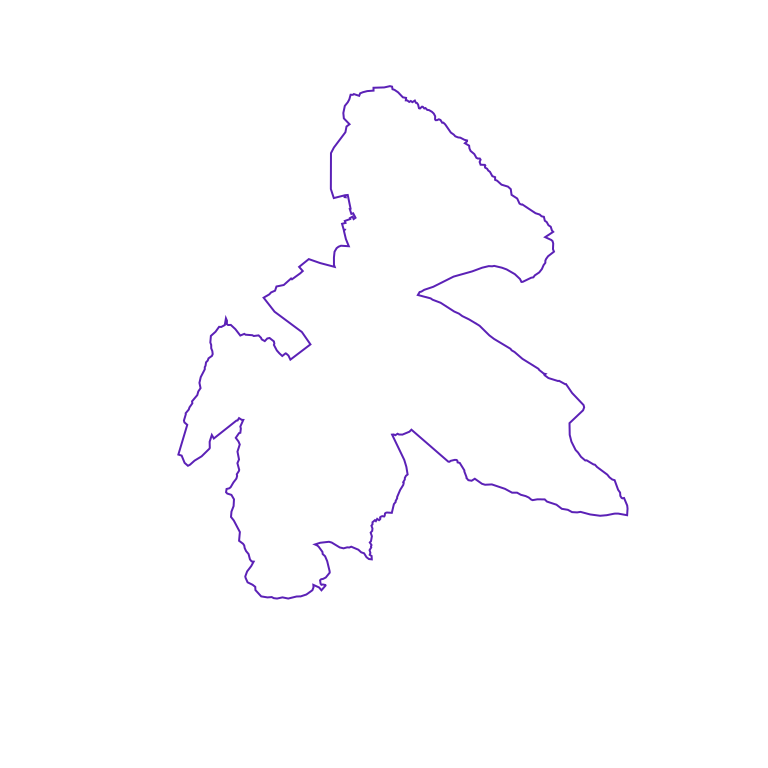 Coyotepec, Puebla, Mexico, rotated 323°
{"feature_id": "50627088B60726647230059", "entity_name": "Coyotepec", "entity_type": "district", "adm_level": 2, "iso_a3": "MEX", "parent_name": "Mexico", "parent_adm1": "Puebla", "projection": "orthographic", "projection_center": [-97.818, 18.396], "detail": "fine", "context": "isolated", "style": "outline", "palette": "violet", "viewbox_px": 768, "rotation_deg": 323, "n_neighbors": 0, "source": "geoboundaries", "source_scale": "gbopen_adm2", "svg_char_len": 6166}
<svg xmlns="http://www.w3.org/2000/svg" viewBox="0 0 768 768"><g transform="rotate(323 384 384)"><path d="M579.4,179.4L578.7,178.6L579.2,176.2L576.3,176.0L575.7,174.1L573.9,173.9L573.2,171.5L572.1,170.6L573.8,168.8L571.6,166.4L570.8,159.5L569.4,155.4L568.2,153.7L569.4,151.4L568.0,149.7L562.7,147.3L553.9,141.1L552.2,143.4L546.9,140.0L542.8,138.3L539.9,137.5L537.6,138.9L534.4,134.3L533.2,134.3L531.4,132.9L527.6,135.8L524.6,137.2L520.1,138.3L514.6,143.1L511.8,147.7L512.8,155.8L509.0,155.8L504.7,159.7L486.3,165.0L480.6,167.7L458.9,196.3L455.8,205.3L465.8,209.5L465.0,211.0L465.8,211.8L466.8,210.0L468.8,211.2L462.8,223.9L462.0,223.6L460.3,228.5L462.1,229.1L461.3,234.1L459.0,234.0L459.6,231.4L456.6,231.0L456.3,231.9L450.8,230.2L450.2,232.2L446.9,230.8L444.7,236.5L445.5,237.2L444.1,237.7L440.8,245.3L438.8,252.8L432.9,247.7L430.3,247.0L427.9,247.0L424.1,248.6L420.1,252.9L415.7,258.8L415.1,260.8L405.8,249.0L399.1,239.0L386.7,239.4L387.1,244.9L383.6,245.2L373.5,245.0L373.3,243.8L363.5,244.6L356.8,241.4L353.2,243.9L348.9,242.9L346.4,243.4L339.8,242.6L340.1,260.4L349.7,293.1L349.1,308.1L323.9,308.2L324.8,303.8L324.2,300.8L323.8,300.3L319.6,300.4L318.9,296.5L318.6,292.7L319.6,286.5L320.7,285.8L321.7,283.7L320.3,278.4L318.2,277.4L314.6,278.0L313.2,274.8L313.6,273.0L313.1,269.7L308.9,267.3L308.2,265.8L303.1,261.3L302.6,259.9L298.4,258.8L298.3,250.7L297.2,244.6L295.0,243.1L294.5,241.6L296.7,238.9L297.3,236.4L292.3,241.1L288.4,240.5L286.7,239.1L280.8,240.9L274.7,241.4L270.3,246.3L269.5,248.8L267.5,251.5L266.7,254.4L265.2,257.0L263.5,258.0L259.3,257.9L257.3,259.2L254.9,259.6L252.5,262.0L251.0,262.7L249.7,264.4L241.8,268.2L237.3,272.0L235.0,276.9L231.2,278.2L228.2,280.5L220.3,282.3L219.3,284.1L214.6,285.6L212.7,286.9L208.0,288.0L207.5,288.9L202.2,292.8L201.5,294.6L202.3,298.2L177.3,316.6L179.3,319.4L177.3,327.0L178.2,331.3L180.4,331.7L186.6,331.2L194.8,332.0L205.6,330.6L206.4,330.2L210.0,325.2L215.8,321.1L215.3,325.1L244.2,324.4L245.1,325.0L247.7,324.0L248.8,327.0L250.0,328.0L243.7,331.5L242.8,333.5L239.9,336.5L238.6,336.0L233.2,337.8L233.2,342.3L232.4,345.5L226.3,349.8L222.8,357.0L219.3,359.0L216.7,365.4L215.9,366.1L212.1,367.5L211.4,369.0L209.2,370.7L204.5,372.0L199.5,374.1L197.7,374.2L195.1,373.1L192.7,375.4L192.9,377.2L195.4,380.7L194.8,385.8L190.4,391.0L185.4,394.1L181.8,398.1L181.9,402.6L179.8,415.5L173.9,422.0L175.3,426.8L175.2,428.8L174.0,431.2L173.3,434.4L173.5,438.3L171.4,443.4L171.5,446.0L173.0,447.4L168.4,449.5L161.9,451.3L157.4,454.2L156.8,455.5L155.7,460.3L158.2,465.2L159.1,468.5L157.3,471.2L158.1,479.7L162.5,484.3L166.1,486.6L167.1,488.7L169.5,491.0L174.5,493.3L178.4,497.7L186.3,501.1L189.7,503.5L195.3,505.4L202.7,505.6L205.4,503.9L206.7,501.9L209.7,507.4L209.9,511.1L216.0,509.8L216.2,509.2L214.5,507.3L213.2,506.7L213.2,505.3L214.8,502.3L216.3,502.1L218.1,503.0L221.1,503.5L227.1,502.0L227.9,500.8L232.0,491.3L233.3,486.1L232.7,482.9L233.8,481.0L233.9,474.8L233.6,473.0L232.3,470.6L237.5,472.4L245.1,476.9L246.8,479.1L250.3,487.9L252.8,490.9L256.3,492.3L257.9,493.7L259.9,494.2L263.8,500.9L264.5,504.7L266.2,507.2L265.8,511.8L266.6,514.7L268.7,516.7L270.6,513.9L269.8,511.8L271.5,510.7L272.5,508.0L275.5,506.8L275.9,505.8L277.1,505.1L277.3,502.0L279.0,501.7L282.7,498.3L283.9,494.7L286.2,494.2L287.8,492.5L288.7,489.6L290.3,489.2L291.6,487.5L294.8,487.3L295.0,488.6L297.4,487.6L298.1,489.8L298.7,489.8L299.9,489.5L300.5,488.3L301.2,488.0L303.1,488.5L304.4,489.9L305.3,489.6L306.9,488.0L308.0,488.0L309.0,488.4L312.7,491.6L319.6,485.9L322.4,485.2L322.9,484.4L325.7,483.2L326.4,482.2L333.2,478.3L338.6,476.2L340.3,474.8L340.2,474.0L343.1,472.8L344.2,471.5L346.4,470.5L348.4,470.5L352.0,463.6L354.5,456.8L360.0,429.3L361.4,430.2L362.2,431.7L364.9,431.9L365.6,433.4L368.3,435.5L375.6,437.4L378.4,437.0L388.6,484.7L389.5,485.5L391.0,485.5L394.9,487.2L396.3,488.4L396.3,489.7L395.6,490.9L397.0,492.6L396.2,501.3L395.5,502.3L393.8,508.2L393.3,508.6L393.5,511.6L395.8,514.0L399.5,514.3L402.2,522.7L404.1,525.3L409.7,529.1L417.5,540.5L420.9,547.9L424.9,550.9L426.6,554.8L429.7,558.8L431.3,561.8L432.0,564.9L432.8,566.2L437.1,568.4L442.9,572.9L443.4,576.0L449.1,584.2L450.9,590.7L455.1,595.1L457.1,599.5L461.0,602.8L464.0,604.4L470.1,612.2L477.3,619.3L482.9,622.8L490.0,626.2L493.1,628.5L499.2,635.1L503.5,630.1L505.1,627.4L507.1,619.5L505.6,618.8L505.2,617.9L505.4,615.6L507.2,612.8L507.3,609.4L510.3,599.6L508.8,597.6L507.9,594.2L507.8,590.8L504.2,578.6L503.9,575.4L502.9,574.3L499.9,566.9L498.7,566.2L497.5,560.7L497.7,555.4L497.3,552.0L499.0,542.8L501.7,536.4L508.6,526.9L527.2,524.8L529.8,523.1L530.7,520.9L528.8,504.4L529.3,493.6L528.6,493.2L525.7,486.8L524.8,486.4L518.9,478.2L517.6,473.8L517.6,473.3L519.0,473.2L517.8,471.7L516.4,466.2L516.5,464.8L509.7,447.2L507.5,437.0L506.2,433.9L506.2,432.0L499.0,414.2L497.4,408.6L495.4,395.1L494.7,393.2L490.8,383.6L487.4,376.9L486.2,372.9L483.7,368.4L478.1,353.2L473.5,345.9L472.8,343.7L464.6,333.3L467.8,332.0L469.5,332.7L472.8,333.0L481.8,336.0L504.2,340.1L522.1,347.1L532.4,350.2L538.6,352.9L541.2,355.1L543.1,356.0L548.1,362.0L550.9,366.3L554.6,375.0L555.8,382.0L555.2,385.2L556.3,385.9L565.5,387.7L567.5,388.7L569.8,388.0L575.1,388.3L579.3,387.2L583.0,385.1L585.8,384.3L587.1,382.6L588.7,381.7L591.9,380.7L599.4,380.6L600.1,378.0L603.7,373.6L604.6,371.3L604.3,369.7L601.1,363.7L610.7,364.3L610.5,362.5L611.8,358.7L610.9,356.2L611.4,352.6L610.7,350.4L612.3,346.7L610.8,344.9L610.3,342.3L607.8,338.8L602.5,323.8L601.7,323.4L600.8,321.5L602.0,316.0L599.7,309.7L602.5,304.7L601.8,301.0L597.8,295.5L596.7,289.7L595.6,287.8L597.2,285.7L595.6,283.2L596.3,278.3L595.7,276.2L595.9,274.2L595.0,272.1L595.3,271.2L596.4,270.5L596.4,269.7L593.1,267.0L594.0,264.2L596.1,263.0L596.2,262.2L596.2,261.6L594.7,260.5L593.9,259.0L594.5,254.7L593.4,250.0L594.0,247.3L595.4,244.9L593.5,240.4L596.3,240.2L596.9,239.5L595.2,237.4L593.2,233.2L591.6,231.7L590.0,229.1L589.8,226.8L588.7,223.4L589.1,213.5L588.7,211.0L587.7,210.4L588.0,207.1L587.1,205.6L585.2,205.2L584.0,204.3L584.1,203.3L586.0,201.0L586.5,198.0L586.1,195.5L584.8,192.4L583.5,191.1L583.2,188.6L582.0,188.2L581.8,186.0L581.3,185.4L578.5,185.6L577.9,184.8L579.4,181.3L579.4,179.4Z" fill="none" stroke="#5b21b6" stroke-width="2"/></g></svg>